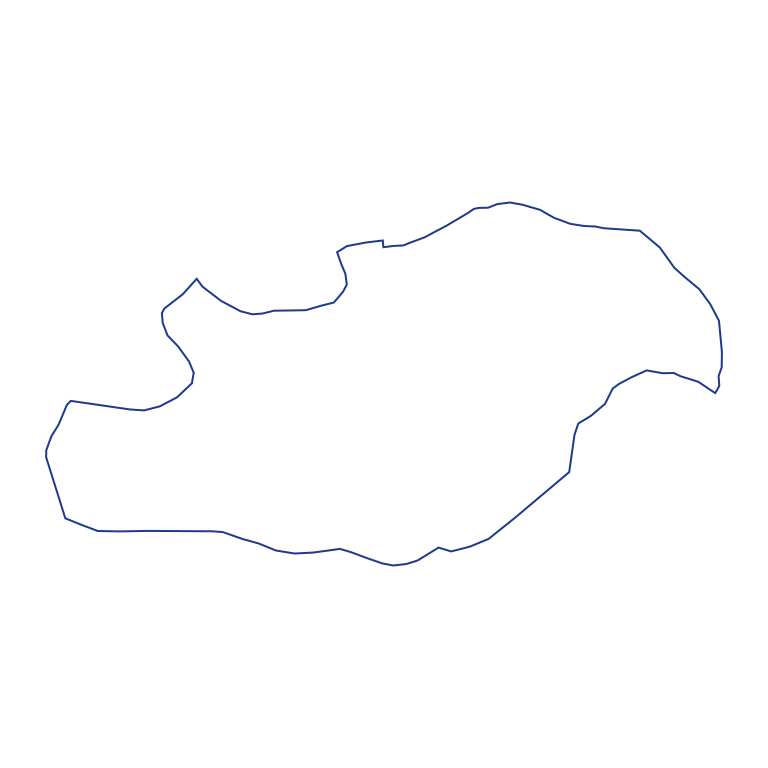 Dreikish, Tartus, Syria
{"feature_id": "27442178B79430829635583", "entity_name": "Dreikish", "entity_type": "district", "adm_level": 2, "iso_a3": "SYR", "parent_name": "Syria", "parent_adm1": "Tartus", "projection": "albers", "projection_center": [36.147, 34.928], "detail": "fine", "context": "isolated", "style": "outline", "palette": "blue", "viewbox_px": 768, "rotation_deg": 0, "n_neighbors": 0, "source": "geoboundaries", "source_scale": "gbopen_adm2", "svg_char_len": 1762}
<svg xmlns="http://www.w3.org/2000/svg" viewBox="0 0 768 768"><path d="M382.8,240.5L366.0,242.5L346.9,246.1L337.1,252.2L341.3,264.1L345.4,273.9L346.8,284.5L343.0,291.8L333.9,302.5L320.1,306.0L318.5,306.5L305.6,310.2L287.8,310.5L274.0,310.7L262.8,313.5L252.3,314.3L240.4,311.2L221.1,300.9L202.5,286.7L196.7,278.8L182.8,294.2L164.5,308.4L161.9,313.0L162.7,322.9L167.5,335.4L178.2,346.5L189.0,361.5L193.7,372.7L191.9,383.3L176.9,397.4L159.7,406.4L158.8,406.6L146.0,409.9L144.2,410.4L134.9,409.8L129.5,409.4L128.9,409.3L70.8,400.9L66.9,404.9L58.5,424.9L51.4,436.2L46.3,450.2L46.1,457.1L65.3,518.3L82.6,525.3L97.8,531.0L118.9,531.4L125.9,531.3L148.0,530.9L212.6,531.3L222.9,532.1L242.8,539.1L250.2,541.1L251.6,541.5L258.7,543.5L275.9,550.5L294.4,553.5L312.9,552.6L330.0,550.3L339.9,548.9L350.5,552.0L365.8,557.7L382.3,563.4L393.3,565.5L406.4,564.0L417.6,560.5L438.5,547.6L451.1,551.4L459.7,549.3L470.2,546.5L488.6,538.9L514.7,518.0L539.4,497.2L569.2,472.1L574.5,434.8L578.3,423.5L590.7,416.0L605.0,403.9L612.7,388.5L613.6,387.9L619.2,383.8L631.6,377.2L646.6,370.4L662.6,373.2L673.8,373.0L680.5,376.2L698.3,381.8L715.2,393.1L715.4,392.8L719.3,385.9L718.6,376.1L721.7,367.4L721.9,354.3L721.9,351.7L721.8,350.9L721.5,347.7L720.9,341.1L719.0,320.9L710.4,304.4L708.6,301.9L699.4,289.3L684.5,276.9L674.4,267.9L666.1,256.3L659.9,247.6L651.5,240.5L639.8,230.7L603.6,228.2L595.3,226.5L584.5,226.0L581.5,225.6L570.2,223.8L554.3,217.9L548.5,214.7L540.0,209.8L531.3,207.3L528.8,206.6L522.3,204.7L510.0,202.5L497.3,204.1L488.1,207.7L483.2,207.8L478.8,207.9L473.9,208.9L467.1,213.5L457.3,219.3L452.6,222.1L448.3,224.6L446.7,225.6L444.8,226.6L431.4,233.7L424.9,237.2L409.8,242.8L403.5,245.4L393.2,246.0L383.4,247.2L382.8,240.5Z" fill="none" stroke="#1e3a8a" stroke-width="2"/></svg>